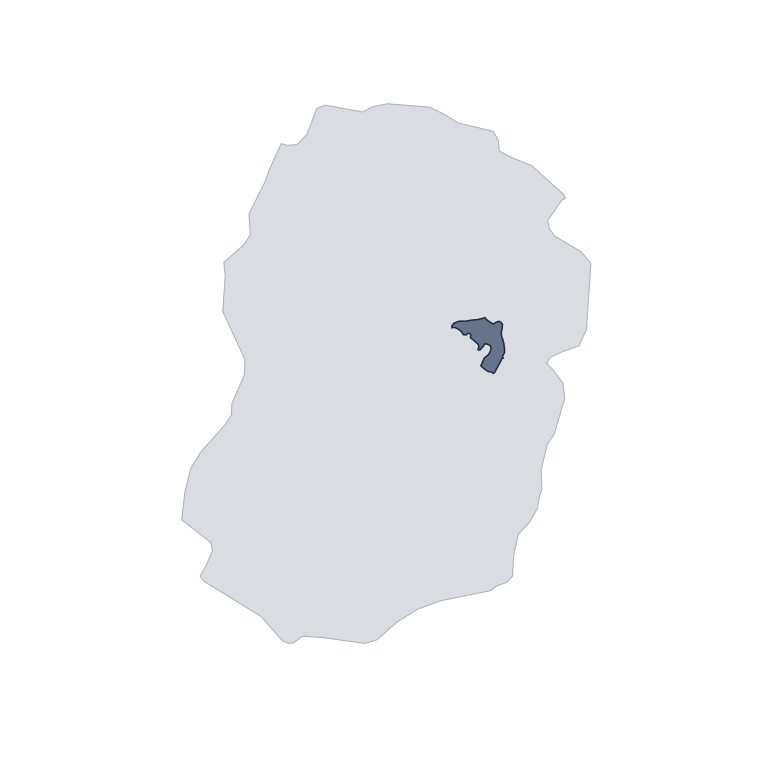 where Sopište sits in North Macedonia, rotated 118°
{"feature_id": "MKD-2909", "entity_name": "Sopište", "entity_type": "Statistical Region", "adm_level": 1, "iso_a3": "MKD", "parent_name": "North Macedonia", "parent_adm1": "", "projection": "natural_earth1", "projection_center": [21.335, 41.836], "detail": "fine", "context": "in_parent", "style": "filled", "palette": "slate", "viewbox_px": 768, "rotation_deg": 118, "n_neighbors": 0, "source": "natural_earth", "source_scale": "10m", "svg_char_len": 2081}
<svg xmlns="http://www.w3.org/2000/svg" viewBox="0 0 768 768"><g transform="rotate(118 384 384)"><path d="M348.6,210.2L360.6,211.6L386.5,204.7L402.6,195.2L410.8,193.8L421.7,190.1L437.4,190.6L453.4,194.8L473.6,189.3L493.5,180.4L501.5,182.6L510.1,190.2L515.9,192.3L549.0,232.4L567.2,248.7L588.6,261.0L613.0,270.0L621.8,278.7L637.6,321.4L645.1,337.6L655.4,342.5L658.0,347.2L658.4,353.3L647.0,383.4L642.7,450.8L639.8,456.2L627.6,455.9L611.4,457.3L605.2,462.5L598.9,498.8L572.9,509.1L549.2,515.0L529.3,513.7L494.1,505.1L482.7,504.2L472.9,509.1L441.6,511.6L427.9,518.0L395.7,560.4L362.9,575.1L351.8,582.5L326.8,573.1L314.8,572.1L297.5,583.0L259.6,584.1L249.3,585.9L220.1,587.6L218.8,581.8L213.5,573.2L199.8,569.2L172.0,572.7L165.2,566.4L153.8,530.4L144.9,524.6L134.9,512.5L118.0,473.4L117.6,456.2L118.8,441.3L109.6,406.2L115.4,397.3L124.1,391.7L124.2,377.6L121.9,356.2L132.3,314.1L135.1,311.0L137.7,313.1L162.7,316.4L169.1,311.1L173.3,302.8L174.7,272.0L180.6,257.8L241.0,230.8L258.7,229.8L272.3,242.2L283.1,250.1L289.6,249.9L291.9,241.9L299.2,226.5L311.6,217.7L348.3,210.2L348.6,210.2Z" fill="#d9dde1" stroke="#a8b0b8" stroke-width="1"/><path d="M278.2,326.3L278.0,326.1L279.2,322.6L279.7,318.2L279.7,315.8L278.5,315.0L276.1,313.4L274.5,311.5L274.7,310.0L274.7,309.3L275.8,307.3L278.9,306.0L284.1,304.3L286.9,302.3L289.4,299.5L291.9,297.3L296.0,294.3L299.7,292.3L302.3,292.3L304.5,292.1L305.3,290.9L305.7,291.7L310.7,291.7L315.2,291.7L319.2,291.7L320.0,291.7L321.8,291.7L323.2,292.4L323.2,293.7L323.2,295.7L324.0,297.1L323.9,300.3L323.1,304.8L322.4,307.1L319.0,307.3L313.6,307.6L310.3,306.0L308.0,305.5L305.1,305.5L301.8,306.4L300.3,308.0L300.3,311.4L301.2,313.9L303.9,313.9L306.8,314.8L308.4,314.9L309.5,316.0L309.3,317.4L307.3,317.4L305.1,318.9L304.3,321.2L303.1,326.4L302.6,329.4L301.8,329.9L300.4,329.9L299.6,330.8L299.3,332.9L300.3,333.9L302.2,334.6L303.2,337.2L301.5,340.0L300.7,344.0L300.7,347.1L301.8,350.2L302.4,350.4L301.0,351.4L297.6,350.9L293.4,347.4L290.1,341.3L286.1,336.1L283.0,331.3L280.4,328.5L278.2,326.3Z" fill="#64748b" stroke="#1e293b" stroke-width="1.5"/></g></svg>